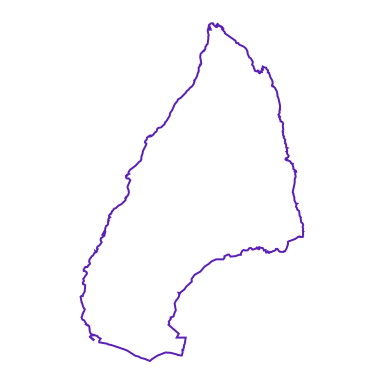 Nesodden nor, Akershus, Norway (Robinson projection)
{"feature_id": "86288312B79220193025286", "entity_name": "Nesodden nor", "entity_type": "district", "adm_level": 2, "iso_a3": "NOR", "parent_name": "Norway", "parent_adm1": "Akershus", "projection": "robinson", "projection_center": [10.655, 59.797], "detail": "fine", "context": "isolated", "style": "outline", "palette": "violet", "viewbox_px": 384, "rotation_deg": 0, "n_neighbors": 0, "source": "geoboundaries", "source_scale": "gbopen_adm2", "svg_char_len": 5919}
<svg xmlns="http://www.w3.org/2000/svg" viewBox="0 0 384 384"><path d="M302.7,237.0L303.1,235.7L303.0,231.6L303.4,231.4L302.8,230.4L303.2,228.8L302.6,227.0L303.2,224.9L302.6,223.3L301.3,222.4L300.8,219.8L300.6,217.5L300.8,217.3L299.7,216.0L299.1,211.0L297.2,209.5L297.1,208.3L296.0,206.8L296.5,204.1L297.0,203.7L296.0,203.5L294.8,201.3L294.4,200.1L294.3,197.2L293.3,194.3L293.5,193.8L292.7,192.1L294.6,183.3L294.8,178.6L295.7,176.9L295.1,173.4L295.4,172.9L295.1,172.1L295.4,171.9L294.8,171.4L295.3,171.1L295.8,171.9L296.2,171.8L296.0,171.0L293.3,168.9L293.4,167.0L292.7,165.9L292.8,164.7L292.4,164.3L292.7,163.7L290.9,163.0L290.3,161.5L288.4,160.6L286.3,160.2L285.5,159.4L285.7,158.6L286.3,158.7L286.0,158.4L286.3,158.1L288.1,157.3L288.7,155.8L287.0,153.5L287.1,151.8L286.6,151.5L287.2,151.1L286.6,147.9L287.0,147.8L286.2,147.4L286.1,144.5L285.1,143.4L285.5,143.0L284.8,141.3L285.3,140.1L283.6,137.3L284.0,136.5L283.0,134.9L283.2,133.7L282.8,132.6L283.1,131.6L282.6,131.0L283.3,129.5L282.8,126.2L283.1,123.6L282.5,122.1L280.5,121.3L280.6,120.2L279.9,119.3L279.8,118.2L279.1,117.1L280.0,116.7L278.4,114.8L279.7,112.6L279.4,111.6L280.0,109.5L279.7,109.5L280.1,106.4L279.6,103.5L278.4,98.1L277.4,95.9L277.5,94.6L276.8,91.3L274.8,87.7L273.0,86.0L272.4,86.3L271.9,85.5L272.6,83.6L273.4,83.4L272.6,83.2L272.4,80.8L270.3,77.1L269.0,72.7L267.8,72.5L268.0,70.3L266.5,69.1L266.1,67.7L264.1,67.4L262.8,66.5L262.5,67.1L262.8,68.2L262.2,68.6L262.6,69.2L262.1,69.3L262.4,69.9L261.8,69.9L261.6,70.5L261.9,71.9L260.3,71.6L260.5,72.6L260.0,73.2L259.3,73.2L257.7,70.9L258.6,70.0L257.3,70.9L257.2,71.4L255.3,71.1L254.7,70.4L254.7,69.3L253.9,68.4L253.6,66.4L252.1,64.7L252.8,62.4L252.6,61.4L250.8,58.4L249.2,57.3L247.6,53.6L247.5,51.6L246.0,48.5L243.7,46.6L239.8,44.9L238.8,44.2L238.5,43.3L237.3,42.9L236.4,43.1L235.4,40.7L224.9,33.3L224.9,32.3L222.0,29.1L222.4,28.7L223.8,29.5L222.1,26.9L221.1,26.4L221.2,27.0L220.4,26.2L219.7,26.2L218.2,24.5L218.1,25.1L216.7,23.6L217.4,25.2L216.7,25.4L217.1,26.7L216.8,27.1L215.9,26.9L213.3,24.5L213.4,24.0L213.1,23.8L213.9,23.0L212.9,23.8L212.6,23.3L211.1,23.3L209.0,25.0L208.8,25.8L209.4,25.9L209.8,26.9L209.4,26.6L208.9,27.4L210.1,29.3L208.7,28.9L209.0,29.7L207.9,29.7L207.7,30.7L208.7,35.6L208.2,36.7L208.4,38.0L207.6,44.0L206.6,44.8L206.3,45.8L205.4,46.8L205.4,48.4L204.3,50.8L203.8,51.0L203.8,50.5L200.6,53.9L200.2,56.9L201.3,63.6L200.5,65.1L200.0,64.8L199.4,66.7L198.7,67.5L198.7,71.7L198.1,72.3L196.9,76.5L195.0,79.9L194.2,80.3L194.1,80.7L194.5,81.3L193.6,84.1L192.0,86.4L189.7,88.1L188.7,89.6L186.4,91.4L186.2,92.3L180.8,97.8L177.9,99.5L177.4,101.1L174.8,104.1L172.1,110.3L170.3,112.8L169.8,114.2L169.8,115.6L166.8,120.5L165.5,122.2L165.0,122.4L164.6,124.1L161.2,127.3L158.2,128.0L157.3,128.9L156.5,131.5L154.8,132.6L153.4,134.6L151.2,136.3L149.9,136.5L150.5,135.5L149.8,135.5L149.3,136.0L149.5,136.4L148.2,136.6L147.1,137.6L146.6,139.7L145.3,141.0L144.9,142.2L145.5,143.1L146.3,143.4L146.3,144.4L142.9,151.1L142.6,153.4L141.5,156.4L141.2,159.7L140.6,160.9L138.8,162.1L135.8,165.5L130.1,169.8L128.7,171.8L128.4,173.5L129.0,173.9L127.2,174.7L127.5,175.2L127.3,175.6L125.9,176.0L126.2,177.8L127.0,178.5L128.7,178.4L130.3,180.2L127.6,186.4L127.6,187.8L128.5,189.8L128.9,192.5L128.4,194.5L127.2,196.1L128.0,195.8L127.2,196.2L126.3,197.5L125.7,197.4L125.4,198.1L125.8,198.2L125.5,200.2L121.4,204.2L118.5,205.6L115.9,208.1L114.1,208.7L112.3,211.3L111.8,211.4L111.2,213.7L110.2,214.0L109.0,215.7L109.9,217.0L109.1,217.1L109.2,218.5L108.4,219.0L108.2,220.7L108.7,220.9L108.0,221.8L108.2,223.9L107.2,225.4L106.2,225.9L105.5,227.4L104.8,231.3L105.3,231.5L105.2,232.2L104.1,231.7L102.4,234.8L102.9,234.9L104.1,232.5L104.8,232.8L104.4,235.7L100.8,238.4L100.7,240.5L101.7,242.2L99.6,245.2L97.5,246.6L96.9,248.2L97.7,249.0L96.9,250.3L96.9,251.3L96.3,252.0L95.4,251.3L95.7,252.4L94.5,252.9L93.1,255.4L91.9,256.2L89.6,259.3L89.1,261.7L90.0,263.3L89.7,264.3L88.3,265.3L87.5,267.0L85.4,267.0L85.0,267.3L83.6,269.9L83.7,270.9L84.8,271.0L86.8,272.4L86.9,273.8L83.2,279.0L84.0,280.9L82.8,282.5L83.1,284.2L84.6,284.6L85.2,285.2L84.7,291.6L82.9,294.8L82.7,296.1L81.4,296.0L80.6,296.7L81.6,302.4L82.0,302.7L83.3,307.2L84.8,309.2L83.9,311.6L83.3,312.2L82.9,313.9L82.4,314.3L82.3,315.8L81.5,317.1L82.3,319.5L84.2,320.4L86.4,324.0L85.9,324.3L87.3,325.4L87.9,325.1L89.2,326.1L89.9,331.9L91.0,334.1L92.0,334.5L89.9,336.8L90.1,337.1L93.4,340.0L93.7,339.7L90.3,336.8L91.8,334.9L92.7,334.5L93.7,334.9L93.6,335.4L94.8,335.2L97.4,336.1L98.1,337.2L100.6,338.6L99.3,340.7L99.2,342.3L107.5,343.8L108.3,344.5L110.9,344.9L123.7,349.2L127.1,350.5L135.6,355.9L138.4,356.5L140.9,357.9L144.8,358.9L150.0,361.0L151.6,359.4L157.5,355.6L165.4,352.5L170.7,352.8L177.4,354.6L177.7,355.0L181.8,355.5L182.6,352.5L182.4,350.4L183.0,350.2L182.7,349.7L183.2,349.5L183.7,348.1L184.1,345.0L184.7,344.0L185.7,337.6L176.7,337.6L178.8,333.7L168.5,324.8L169.3,323.8L168.7,321.7L170.8,318.9L170.5,318.6L170.6,317.4L173.5,316.5L174.5,313.1L175.8,310.3L174.6,303.5L176.1,300.4L177.6,298.8L178.8,296.8L179.3,294.9L178.6,292.9L180.0,293.3L180.5,292.4L184.4,289.4L186.3,286.6L191.8,281.6L191.6,279.0L194.6,274.8L200.5,271.5L204.5,266.6L208.6,264.0L211.5,261.4L216.2,259.3L223.4,259.3L224.5,257.8L224.4,256.3L227.8,254.6L229.1,254.6L230.5,256.6L235.6,256.1L238.9,254.8L240.9,254.8L240.9,253.6L242.1,251.1L243.5,250.0L245.7,250.5L247.8,250.3L249.2,248.3L250.7,247.9L251.9,248.8L252.1,249.4L252.9,249.6L256.2,248.5L256.7,247.5L257.2,247.6L258.0,248.9L258.9,249.3L259.2,249.0L258.4,247.9L259.2,247.1L260.4,247.7L262.6,248.0L263.9,249.8L263.9,250.4L265.6,250.1L265.7,251.4L266.3,252.6L266.7,252.5L266.6,251.9L267.7,251.3L268.8,252.8L269.5,252.7L269.8,252.0L271.4,252.1L272.5,251.3L274.4,250.8L275.7,249.9L275.9,249.0L276.8,248.8L277.7,249.1L278.9,251.0L280.1,251.8L283.6,251.9L284.1,251.2L285.0,251.2L286.6,248.4L288.0,244.1L287.9,242.0L288.3,241.5L295.1,239.0L298.3,236.8L299.5,236.5L299.6,236.9L302.7,237.0Z" fill="none" stroke="#5b21b6" stroke-width="2"/></svg>